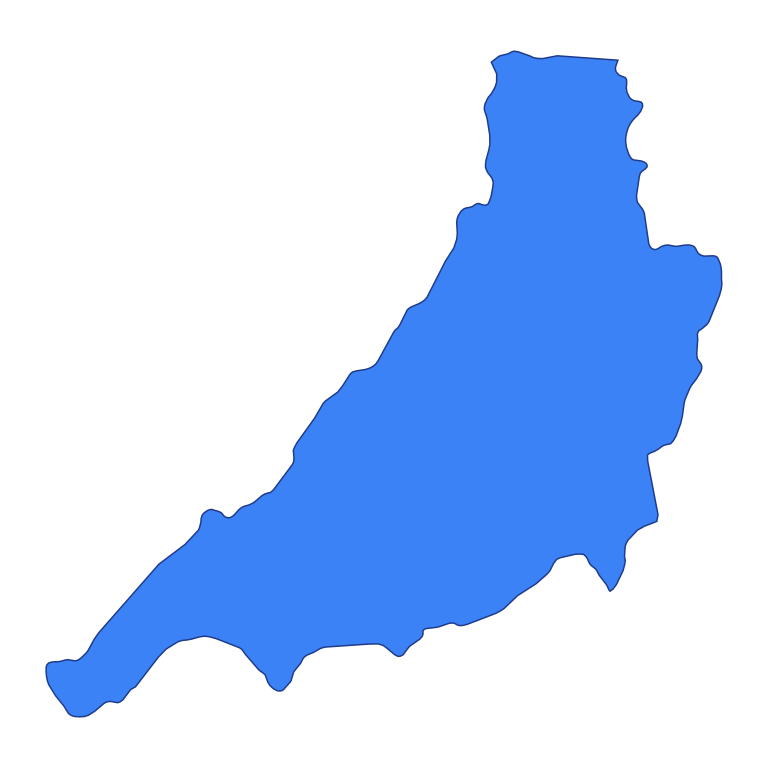 the border of Phrae
{"feature_id": "THA-395", "entity_name": "Phrae", "entity_type": "Province", "adm_level": 1, "iso_a3": "THA", "parent_name": "Thailand", "parent_adm1": "", "projection": "albers", "projection_center": [100.043, 18.254], "detail": "fine", "context": "isolated", "style": "filled", "palette": "blue", "viewbox_px": 768, "rotation_deg": 0, "n_neighbors": 0, "source": "natural_earth", "source_scale": "10m", "svg_char_len": 4856}
<svg xmlns="http://www.w3.org/2000/svg" viewBox="0 0 768 768"><path d="M617.9,60.2L615.7,66.5L615.4,68.6L616.0,71.6L618.7,74.8L621.2,76.0L625.3,77.6L626.5,79.5L626.7,82.4L626.3,88.1L627.0,92.4L629.6,97.6L631.8,99.6L634.4,100.8L639.1,101.5L641.2,102.1L642.4,103.7L642.7,106.3L640.8,111.1L637.4,115.6L635.9,116.8L632.3,120.8L630.1,124.0L628.3,127.5L627.0,131.3L626.0,136.0L625.7,138.6L625.7,142.3L626.4,147.2L628.6,153.9L630.4,157.3L632.2,159.3L634.1,160.0L640.9,160.9L643.1,161.6L644.9,162.5L646.4,163.6L647.1,165.2L647.0,167.0L645.4,168.8L641.9,171.3L640.7,172.6L639.9,174.4L639.3,176.6L636.5,195.7L636.7,198.7L637.4,202.4L642.7,209.4L643.5,211.1L644.3,213.2L648.8,243.8L649.5,245.5L650.5,247.1L651.7,248.5L653.3,249.2L655.3,249.6L657.1,249.1L662.2,246.2L664.2,245.5L666.3,245.1L668.5,245.1L675.1,246.3L677.4,246.3L683.9,245.2L688.5,244.9L690.8,245.3L692.8,245.9L694.4,246.9L695.6,248.4L696.3,250.1L698.1,253.1L699.0,253.9L700.0,254.6L701.4,255.3L702.4,255.7L704.0,256.1L713.2,255.8L715.5,256.2L717.0,257.1L718.1,258.6L720.4,264.2L721.0,267.3L721.5,271.4L721.5,279.6L721.9,283.9L721.2,289.3L719.4,295.7L709.1,321.3L707.8,323.3L706.6,324.8L702.2,328.5L699.5,330.3L698.7,330.9L697.9,332.5L697.3,334.6L697.7,339.4L696.8,352.4L696.9,356.2L697.5,359.1L700.9,363.8L701.6,365.5L701.8,368.0L701.0,371.1L696.7,378.5L691.2,385.7L689.6,388.7L685.0,399.6L684.2,402.8L682.4,415.9L680.7,423.4L676.0,436.1L673.2,440.9L670.6,443.7L664.2,445.2L662.4,446.1L657.9,449.4L654.6,451.3L650.8,452.7L649.0,453.7L647.5,454.9L647.7,461.2L658.0,514.6L656.8,521.4L644.4,526.2L637.8,529.9L637.0,530.6L628.1,540.0L626.2,543.3L625.2,546.3L624.5,556.1L624.8,558.3L625.3,560.2L624.7,564.4L623.1,570.5L616.5,584.4L612.8,589.3L610.0,591.2L608.8,589.7L607.2,586.0L606.2,584.3L599.3,575.4L596.6,570.4L595.5,568.9L591.1,565.4L589.9,564.0L588.9,562.2L587.3,558.5L586.2,556.8L585.0,555.6L583.5,554.4L580.0,554.0L575.1,554.3L560.4,557.7L557.2,559.1L555.8,560.4L553.5,563.6L550.0,570.6L547.5,573.7L536.1,583.7L517.6,595.6L504.3,608.3L500.6,610.8L496.2,613.2L467.3,624.3L463.0,625.4L460.6,625.6L458.5,625.4L456.6,624.6L455.1,623.6L452.7,623.0L449.4,623.2L439.8,626.5L436.7,627.3L425.8,628.6L423.6,629.8L422.8,631.7L423.1,633.6L422.3,636.3L419.7,639.2L409.8,646.1L407.5,648.8L403.1,654.8L400.5,656.1L398.1,656.4L394.7,654.7L386.1,647.5L382.9,645.3L378.3,643.9L368.2,644.1L326.0,647.0L323.3,647.5L320.4,648.5L313.3,652.5L306.8,655.2L304.7,656.7L303.2,658.3L300.6,663.3L294.6,670.7L293.5,672.4L291.1,680.6L290.1,682.2L283.8,689.3L282.3,690.5L280.2,691.0L277.7,690.9L273.7,688.9L271.7,687.2L270.0,685.5L268.9,683.9L267.9,682.2L267.2,680.5L265.8,676.4L265.0,674.7L263.6,673.4L259.0,670.1L245.6,654.6L242.3,650.0L241.0,648.8L239.4,647.7L216.4,638.7L210.0,636.9L205.5,636.2L202.7,636.4L199.5,636.9L191.5,639.1L186.2,640.1L184.1,640.2L182.0,640.5L179.9,641.1L177.7,641.9L166.2,649.0L158.3,657.2L135.5,686.8L130.7,689.5L122.9,699.8L120.2,701.8L117.6,702.7L111.1,701.5L108.7,701.5L106.8,702.0L104.9,702.8L103.5,703.8L94.8,711.2L88.3,715.3L84.4,716.5L79.4,716.8L74.7,716.5L72.6,715.9L70.7,715.1L69.1,714.0L67.9,712.6L64.0,706.2L55.7,695.9L48.7,684.6L47.4,680.8L46.5,676.3L46.1,671.5L46.2,666.8L47.0,664.7L48.7,663.0L52.0,662.0L59.8,661.5L65.9,659.9L68.1,659.7L74.4,660.8L76.5,660.7L78.3,659.9L79.8,658.9L81.4,657.7L86.6,652.6L88.2,650.3L94.3,639.1L98.8,632.7L159.0,564.1L185.0,544.5L197.4,531.2L198.1,530.6L198.8,529.4L199.6,527.3L200.9,522.1L201.1,518.7L202.0,515.6L203.7,513.2L207.3,510.6L209.9,509.6L212.3,509.5L214.1,510.2L218.2,511.3L220.1,512.1L221.7,513.1L224.0,516.0L225.5,517.1L227.4,517.7L229.6,517.7L231.5,517.0L233.7,515.4L239.5,509.1L242.1,507.3L244.4,506.2L248.5,505.1L250.4,504.3L253.9,502.5L262.3,495.4L265.1,493.9L267.9,493.0L270.3,492.6L273.6,489.7L292.6,464.2L293.6,462.0L294.0,457.9L293.3,450.4L294.7,446.9L297.2,442.4L314.5,418.3L322.9,403.9L324.4,402.0L325.7,400.8L337.9,391.9L342.5,386.0L349.2,375.5L350.8,373.4L352.5,372.0L356.4,370.9L365.4,369.5L369.5,368.2L372.9,366.4L375.7,364.1L377.8,361.3L393.7,332.1L395.1,330.2L398.0,327.7L399.6,325.3L407.1,310.2L408.3,308.9L409.8,307.8L411.4,306.8L418.9,303.7L422.3,301.8L425.2,299.5L427.1,297.1L445.4,261.2L453.9,247.9L456.6,239.6L457.0,236.8L457.3,233.2L456.7,222.7L457.1,219.0L458.2,215.8L461.1,211.1L463.5,209.1L466.0,208.0L470.4,207.2L472.3,206.6L475.5,204.4L477.2,203.7L478.9,203.5L482.5,204.8L484.4,205.2L486.4,205.0L488.0,204.1L489.4,201.2L491.0,196.8L492.8,187.3L493.3,182.4L491.9,178.0L487.8,172.7L486.5,170.1L485.5,167.3L485.5,164.3L486.0,160.4L488.9,149.7L489.9,144.2L489.7,134.8L487.2,118.9L486.2,115.3L485.5,113.4L484.3,109.3L484.5,106.7L485.1,103.7L487.7,98.3L488.4,97.2L491.4,93.6L494.4,88.4L495.3,86.5L496.6,82.2L496.7,73.9L491.3,62.2L498.7,56.4L500.4,55.7L508.2,53.8L512.0,51.7L514.2,51.2L517.8,51.7L529.8,55.9L533.4,57.6L537.4,58.4L542.6,58.6L557.3,55.8L617.9,60.2Z" fill="#3b82f6" stroke="#1e3a8a" stroke-width="1.5"/></svg>